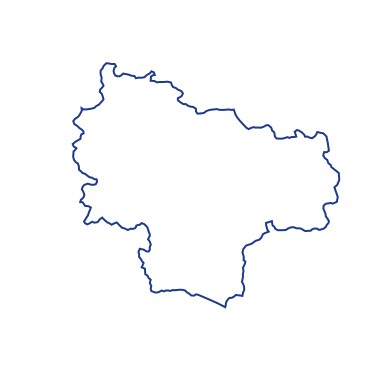 outline of Afonso Cláudio, Espírito Santo, Brazil, rotated 114°
{"feature_id": "56859067B17635890809013", "entity_name": "Afonso Cláudio", "entity_type": "district", "adm_level": 2, "iso_a3": "BRA", "parent_name": "Brazil", "parent_adm1": "Espírito Santo", "projection": "albers", "projection_center": [-41.127, -20.089], "detail": "fine", "context": "isolated", "style": "outline", "palette": "blue", "viewbox_px": 384, "rotation_deg": 114, "n_neighbors": 0, "source": "geoboundaries", "source_scale": "gbopen_adm2", "svg_char_len": 4716}
<svg xmlns="http://www.w3.org/2000/svg" viewBox="0 0 384 384"><g transform="rotate(114 192 192)"><path d="M86.6,91.7L85.0,95.8L85.8,99.2L86.2,101.9L89.2,102.0L91.1,102.4L94.1,104.2L94.5,106.8L94.4,109.1L95.5,111.2L94.1,112.6L92.9,115.8L92.4,119.2L92.7,121.3L95.2,122.7L97.2,120.8L99.0,119.3L100.4,121.3L101.2,123.3L103.0,125.0L103.0,127.0L104.7,128.9L106.7,131.5L107.5,133.4L108.7,136.2L107.7,138.7L105.7,140.0L104.0,141.3L103.4,143.6L100.9,145.9L99.9,149.6L101.0,151.5L102.8,152.7L105.2,155.1L106.2,157.8L107.3,160.0L107.7,162.1L109.4,164.1L111.5,165.8L111.2,168.5L110.3,170.5L109.1,173.5L107.3,177.6L105.2,181.5L103.4,183.9L101.6,185.6L99.7,187.4L100.9,189.1L101.5,191.6L103.0,194.5L104.3,196.8L105.7,200.1L106.2,203.1L107.5,205.3L109.4,208.6L110.9,210.5L112.7,212.2L114.5,212.9L116.2,215.1L118.2,218.9L116.8,221.1L114.4,222.2L113.8,225.6L114.7,228.4L114.8,231.0L114.2,233.4L115.2,235.5L114.9,238.4L114.0,242.1L112.1,243.1L110.4,241.7L108.4,240.4L105.6,240.4L104.1,243.0L104.2,246.4L103.6,249.2L103.8,251.9L102.6,253.8L100.5,255.8L101.3,259.5L103.1,262.7L104.4,265.8L106.1,268.7L105.9,271.5L107.2,275.0L105.3,275.7L103.1,276.4L101.3,275.3L100.2,273.6L98.2,275.5L98.3,278.1L100.9,278.9L103.3,280.7L106.7,282.3L108.3,285.0L109.3,287.4L110.9,289.6L109.5,291.7L110.4,294.7L110.6,298.0L111.4,301.0L111.8,303.1L113.9,303.9L115.8,305.3L116.6,307.2L116.8,309.5L114.9,311.8L113.2,312.9L110.3,313.4L108.0,312.5L106.5,314.8L107.8,317.6L108.5,320.6L109.2,322.6L112.7,324.0L115.4,324.0L118.2,324.8L120.4,324.0L122.5,322.7L124.0,321.2L126.1,320.4L128.1,319.8L129.4,317.7L131.0,316.0L133.0,316.5L135.5,317.5L138.0,317.0L139.1,314.2L141.6,311.9L143.5,310.5L146.6,311.5L149.8,312.4L152.4,314.4L154.8,315.4L156.3,317.1L157.6,319.1L159.2,321.5L160.7,324.7L160.3,327.0L162.6,325.7L165.4,325.9L168.7,326.3L170.8,327.3L172.9,328.7L175.5,329.3L177.7,327.3L178.3,323.9L179.5,320.4L179.9,317.9L180.8,315.8L182.6,314.9L184.2,316.5L186.6,316.3L188.8,315.5L191.4,317.4L193.5,318.9L196.7,320.5L198.6,318.5L199.0,315.4L201.0,315.8L203.1,316.7L205.1,316.0L208.3,314.8L210.7,312.8L212.1,310.2L212.3,308.0L214.4,305.9L217.6,304.3L218.3,301.7L219.2,299.7L218.9,297.0L219.6,294.4L220.2,291.8L219.6,289.2L220.0,286.2L219.2,284.3L221.3,282.9L224.1,283.1L225.7,285.3L226.4,287.4L226.8,290.6L229.3,293.3L231.9,294.0L234.4,293.7L236.3,291.0L238.7,289.0L241.5,289.0L244.3,290.3L246.7,290.0L245.9,287.8L247.1,285.6L248.2,283.9L247.1,280.9L247.3,278.1L249.5,277.9L252.6,277.9L255.4,277.5L257.6,277.9L260.2,278.2L262.8,278.7L264.0,277.0L264.2,274.6L262.3,272.8L259.8,271.1L259.7,268.6L257.9,265.9L254.9,265.3L251.9,263.7L253.0,261.0L254.2,257.0L254.2,254.6L254.6,252.1L252.4,250.4L250.4,248.3L251.8,245.0L253.1,241.4L252.7,238.5L252.8,235.1L250.4,233.1L249.7,230.8L247.7,229.0L245.3,229.2L244.0,227.7L242.9,226.1L241.0,225.5L240.7,223.0L241.6,220.2L242.5,218.3L244.2,216.9L246.1,215.1L247.4,213.7L249.1,212.7L251.0,212.9L253.1,212.9L254.2,210.8L256.7,208.3L259.8,208.1L262.1,207.0L264.1,207.4L264.8,209.9L264.3,212.7L265.1,216.6L268.6,216.5L270.5,214.9L272.7,214.0L273.9,211.7L275.6,209.4L276.5,207.4L278.7,207.3L281.3,207.3L281.2,203.8L284.1,202.3L286.0,201.3L286.6,198.5L288.2,196.7L288.9,194.1L292.4,193.5L294.2,191.1L297.1,190.4L299.0,188.9L298.9,186.6L298.7,184.3L297.2,181.8L294.4,179.7L294.2,177.3L292.8,176.0L291.8,174.1L291.0,171.2L289.4,169.8L288.7,167.6L287.6,165.8L286.4,163.7L285.3,161.1L284.8,158.3L285.8,155.4L286.0,153.2L286.8,150.6L285.9,148.0L284.1,146.9L283.4,145.0L283.2,131.4L283.2,123.8L283.7,114.8L281.8,115.1L279.5,115.9L276.6,115.8L273.5,114.8L272.6,112.8L270.6,111.1L268.3,110.1L267.2,106.8L266.4,103.7L263.2,104.4L260.1,104.5L257.2,106.0L255.3,107.8L253.8,109.8L251.2,110.4L248.1,111.1L246.5,112.1L243.8,112.6L240.4,114.6L237.6,114.5L235.7,114.5L233.8,115.1L233.2,117.2L230.8,118.0L228.8,119.5L226.7,121.3L223.2,121.9L218.8,120.7L216.9,118.6L215.2,116.6L212.7,115.2L210.5,113.8L208.6,111.5L206.5,110.3L204.1,110.0L201.8,110.1L199.9,108.7L198.5,107.3L197.0,105.8L195.7,107.9L193.8,109.4L192.1,110.8L190.1,111.8L188.1,109.4L186.1,107.2L187.9,106.1L189.8,104.7L190.2,102.8L191.8,100.8L192.0,98.1L190.4,94.5L188.6,90.9L186.4,89.5L184.2,87.4L182.8,85.0L182.7,82.0L181.6,79.4L181.1,77.2L181.5,74.6L181.6,72.6L180.3,70.2L179.1,67.8L177.2,67.1L175.5,65.2L174.6,62.8L175.0,60.6L173.6,58.7L171.8,56.7L169.2,55.5L166.9,55.5L165.1,54.7L163.0,55.0L161.5,57.0L159.7,60.0L157.8,61.0L155.9,63.0L153.8,65.2L151.0,66.2L148.3,65.0L146.8,62.6L145.5,60.7L145.4,58.7L144.0,57.4L142.0,55.7L137.3,56.8L129.8,63.8L126.3,62.2L124.1,62.3L121.2,62.4L119.0,63.4L114.9,65.7L112.5,74.9L110.9,76.3L110.3,79.0L107.7,81.6L107.0,84.5L105.2,87.0L101.8,87.5L100.9,85.1L98.6,83.7L91.2,88.4L88.7,90.3L86.6,91.7Z" fill="none" stroke="#1e3a8a" stroke-width="2"/></g></svg>